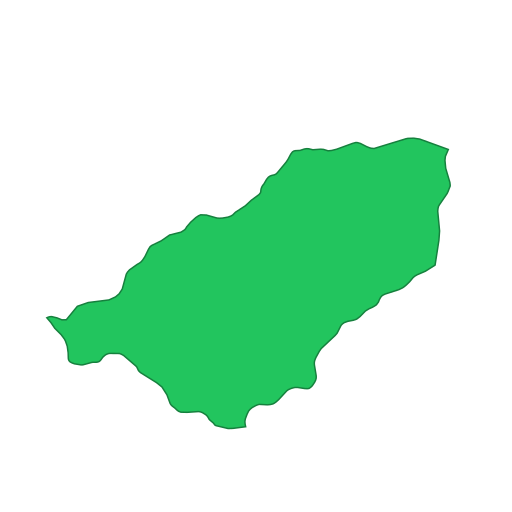 map outline of Lavalleja (Robinson projection), rotated 203°
{"feature_id": "URY-19", "entity_name": "Lavalleja", "entity_type": "Department", "adm_level": 1, "iso_a3": "URY", "parent_name": "Uruguay", "parent_adm1": "", "projection": "robinson", "projection_center": [-54.924, -33.979], "detail": "fine", "context": "isolated", "style": "filled", "palette": "green", "viewbox_px": 512, "rotation_deg": 203, "n_neighbors": 0, "source": "natural_earth", "source_scale": "10m", "svg_char_len": 3038}
<svg xmlns="http://www.w3.org/2000/svg" viewBox="0 0 512 512"><g transform="rotate(203 256 256)"><path d="M87.6,317.6L94.1,308.2L100.4,301.6L102.0,299.4L103.0,297.4L104.5,292.4L106.4,287.9L107.6,285.6L108.7,283.9L111.3,280.9L122.2,271.5L123.7,269.8L124.7,268.2L125.1,266.7L125.3,265.1L125.4,263.6L125.3,261.6L126.1,258.1L127.3,256.3L128.8,254.3L131.4,251.5L133.8,248.1L136.6,240.9L138.5,237.5L139.4,236.5L141.4,234.8L145.9,231.8L148.7,229.2L149.9,227.3L150.6,225.4L151.2,216.5L152.1,213.8L159.8,196.3L160.5,193.0L161.2,185.9L161.2,184.3L161.1,182.6L160.8,181.1L160.3,179.8L159.7,178.6L154.0,169.6L153.4,168.4L152.9,167.1L152.6,165.2L152.7,162.7L153.5,158.5L154.4,156.4L155.4,154.9L156.5,154.1L159.1,153.1L166.2,151.3L168.8,150.2L170.2,149.2L171.7,148.0L173.9,145.7L175.0,143.9L179.0,132.7L180.5,129.5L181.7,127.6L182.2,127.0L182.3,126.8L182.4,126.7L183.1,126.1L184.9,124.8L187.3,123.5L195.0,120.7L196.2,119.8L197.7,118.3L200.3,115.0L201.5,112.7L202.2,110.5L202.4,107.0L202.2,102.1L201.9,100.6L201.5,99.2L200.3,96.9L198.8,94.8L209.9,88.3L214.2,86.3L226.0,84.3L227.2,84.2L227.9,84.4L230.0,85.6L234.5,87.0L235.7,87.6L236.7,88.5L238.2,89.5L240.2,90.3L244.2,90.9L246.4,90.8L248.2,90.3L258.3,85.2L264.1,82.9L266.3,82.8L268.0,83.1L271.5,84.4L274.4,85.1L276.1,85.8L277.4,86.7L283.7,93.4L291.4,98.7L298.2,100.6L316.6,103.5L318.1,104.0L319.4,104.6L322.3,107.2L323.6,107.8L338.9,112.7L341.6,113.0L343.6,112.9L352.6,109.2L353.7,108.5L354.7,107.6L355.6,106.6L356.3,105.5L357.5,102.9L358.2,99.8L358.7,98.4L359.4,97.3L360.5,96.4L361.7,95.7L364.3,94.6L365.4,94.0L372.8,88.2L374.5,87.4L381.1,85.8L383.7,85.7L385.8,85.9L387.1,86.5L388.1,87.4L388.8,88.5L391.1,93.5L394.5,99.2L398.0,103.1L399.9,104.7L404.7,107.5L412.9,110.8L418.8,114.6L424.4,117.4L423.3,118.6L422.0,119.6L420.4,120.4L415.0,121.3L409.7,121.4L405.7,123.2L400.8,139.9L392.3,147.6L374.2,158.1L369.3,163.5L367.2,167.7L366.2,173.3L368.3,188.6L368.0,190.9L367.0,193.9L362.0,202.0L360.5,203.9L359.6,205.5L358.8,207.8L358.0,212.1L357.6,220.2L357.1,223.3L356.1,225.0L349.2,232.9L343.7,241.6L334.3,248.7L331.8,252.4L331.4,254.0L331.2,255.7L329.3,261.7L326.4,267.9L324.6,270.6L323.0,272.3L317.7,274.3L306.7,275.7L304.4,276.5L301.7,277.8L296.9,280.9L294.8,282.9L293.5,284.6L292.9,286.1L292.0,288.3L285.4,298.1L282.1,305.5L277.2,313.8L276.6,316.0L276.7,316.8L277.3,318.8L277.5,319.7L277.6,320.8L277.6,322.2L277.4,323.7L276.9,325.2L276.2,330.7L275.4,333.4L274.3,335.1L272.9,336.4L270.8,337.9L269.6,339.3L268.9,340.9L264.9,354.3L264.3,357.6L263.8,363.4L263.1,366.1L262.1,367.5L260.8,368.4L256.7,370.4L253.4,373.3L251.3,374.6L249.4,375.3L245.2,376.0L238.2,379.6L235.5,380.5L230.7,381.0L227.6,382.7L223.5,385.8L211.1,397.4L208.4,399.5L207.0,400.0L203.9,400.4L196.9,399.9L193.6,400.0L192.1,400.2L189.3,401.1L163.8,422.5L162.2,423.6L156.8,426.1L151.0,427.6L120.6,429.2L120.6,421.7L119.4,417.8L115.6,410.8L106.3,399.5L105.1,397.4L104.6,396.3L104.4,390.5L104.5,388.1L107.2,374.7L107.4,373.0L107.0,370.7L106.2,368.2L96.8,350.8L93.8,342.0L87.6,317.6Z" fill="#22c55e" stroke="#15803d" stroke-width="1.5"/></g></svg>